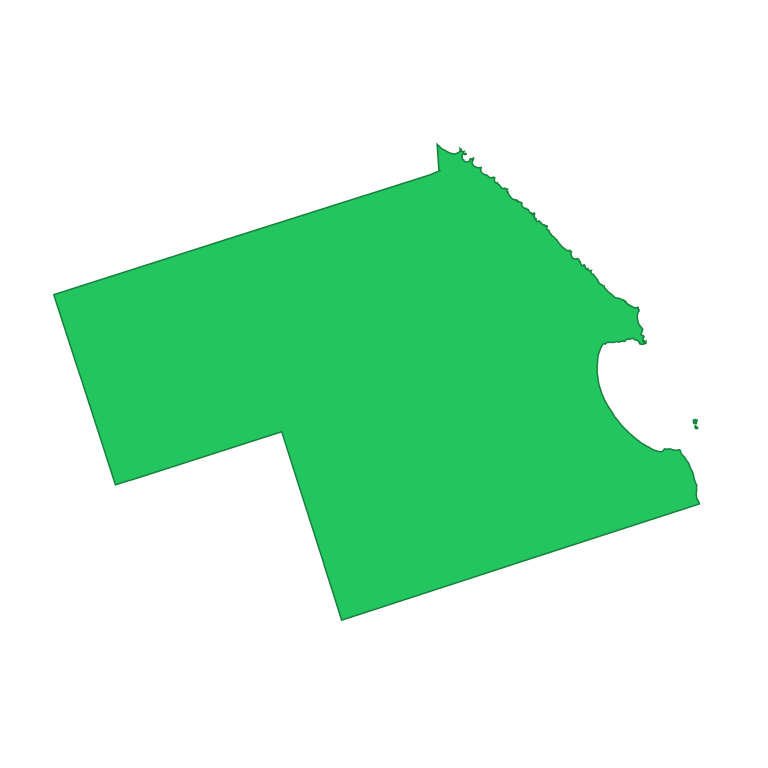 outline of Robe, South Australia, Australia, rotated 162°
{"feature_id": "25037944B13028513234480", "entity_name": "Robe", "entity_type": "district", "adm_level": 2, "iso_a3": "AUS", "parent_name": "Australia", "parent_adm1": "South Australia", "projection": "orthographic", "projection_center": [139.804, -37.186], "detail": "fine", "context": "isolated", "style": "filled", "palette": "green", "viewbox_px": 768, "rotation_deg": 162, "n_neighbors": 0, "source": "geoboundaries", "source_scale": "gbopen_adm2", "svg_char_len": 6111}
<svg xmlns="http://www.w3.org/2000/svg" viewBox="0 0 768 768"><g transform="rotate(162 384 384)"><path d="M121.1,172.5L121.0,173.4L121.1,175.1L121.4,176.5L121.8,177.5L121.9,178.8L121.2,182.5L120.2,185.1L119.3,186.4L119.2,187.8L118.5,189.9L117.7,191.0L118.2,193.3L118.3,197.4L117.7,203.1L117.8,205.6L118.4,208.3L118.7,214.1L119.1,216.0L120.0,217.9L120.9,222.1L122.4,224.7L122.9,226.2L122.9,227.7L122.6,228.9L122.8,229.5L123.4,230.2L126.8,230.7L129.6,232.1L131.5,233.6L133.1,234.2L135.3,234.6L136.7,235.5L137.6,235.5L138.3,235.1L138.5,234.4L138.8,234.2L140.4,233.9L141.8,234.1L144.0,235.1L147.4,237.5L149.7,239.7L151.3,241.8L153.7,244.0L155.5,246.3L157.6,248.4L159.0,250.8L159.9,251.8L161.2,253.9L162.0,255.0L166.3,262.1L167.2,264.2L167.9,265.3L170.9,271.3L173.6,279.0L174.6,281.0L175.4,285.0L176.2,287.7L176.3,288.6L177.6,292.9L179.1,300.2L179.8,307.9L179.8,316.7L179.2,321.2L178.3,325.5L177.8,328.9L175.9,334.7L171.7,344.7L169.4,347.9L166.2,351.8L164.4,353.5L162.7,354.5L161.3,353.6L159.7,354.1L158.6,354.9L158.1,354.8L157.1,353.8L155.3,353.6L153.2,352.6L149.7,352.5L147.4,351.0L145.4,351.6L144.2,350.8L143.2,351.0L141.9,350.1L141.1,350.4L140.1,351.2L139.0,351.6L137.4,351.1L136.6,350.5L135.6,350.9L133.3,350.5L132.8,350.2L132.3,348.9L130.8,347.8L130.4,347.8L129.0,346.6L128.8,346.1L128.8,345.0L128.5,344.5L128.3,343.0L128.0,342.7L127.1,342.5L125.4,341.6L124.9,341.7L124.2,342.2L124.0,342.3L123.4,341.6L121.9,342.0L121.9,342.3L122.5,342.8L122.0,343.5L123.1,343.1L124.2,343.2L124.2,343.5L123.2,344.2L123.0,344.7L123.2,344.9L123.7,344.6L124.3,344.7L124.6,345.2L124.2,345.7L124.0,346.4L123.6,346.7L123.8,347.1L123.7,347.9L122.2,348.3L122.1,348.8L122.7,350.2L123.1,350.5L123.8,350.4L124.1,350.7L124.3,351.3L124.2,352.3L122.8,353.4L122.5,354.2L121.3,355.5L121.0,356.1L121.1,356.5L121.8,358.1L121.9,359.0L122.4,359.7L123.2,362.8L123.2,364.0L122.6,368.7L121.9,370.9L120.2,373.7L119.4,374.4L118.7,374.7L118.7,376.1L119.2,376.7L119.2,377.1L119.1,377.4L118.7,377.8L118.6,378.2L119.2,378.7L120.1,378.4L121.2,378.5L123.6,380.3L127.7,384.9L128.2,385.7L128.3,386.9L129.3,387.6L129.0,388.4L130.0,389.1L130.1,389.9L131.4,390.2L132.5,391.7L133.2,392.4L136.6,394.1L137.8,395.1L140.1,399.4L140.7,399.9L141.4,401.3L142.3,402.4L144.2,406.6L144.6,408.4L144.4,409.3L144.8,409.3L145.5,409.9L146.4,411.3L147.5,412.4L148.6,414.9L148.7,415.4L148.6,417.2L149.3,418.5L149.8,420.4L150.5,421.6L150.9,423.6L152.0,424.3L152.6,425.2L152.9,426.6L152.0,427.4L151.7,427.9L152.3,427.8L153.3,428.0L153.9,429.1L155.1,429.6L155.1,430.0L154.5,430.6L154.4,430.9L154.7,431.0L154.9,430.6L155.5,430.4L156.2,430.9L156.5,431.4L156.5,432.3L156.1,433.4L156.4,434.0L156.5,435.2L156.9,435.5L157.3,435.6L158.2,435.0L158.5,435.0L159.2,435.6L159.5,436.3L159.8,438.7L159.5,439.8L160.3,440.2L160.4,440.7L160.1,441.7L160.2,442.2L160.9,443.3L161.5,443.6L163.5,443.6L165.8,445.5L166.3,449.7L166.0,450.4L164.8,451.7L164.9,452.0L165.9,452.7L165.8,453.5L166.0,453.8L167.3,453.9L168.7,454.4L169.6,455.5L170.4,456.9L172.1,459.1L174.2,464.3L174.9,466.6L175.1,467.7L176.2,469.4L177.2,471.6L178.5,473.4L179.0,475.2L179.6,476.6L179.6,478.8L181.0,480.5L181.2,481.9L180.8,482.9L180.1,483.3L180.0,484.0L180.4,484.3L181.4,484.2L182.0,484.8L182.0,485.5L182.6,485.7L182.7,486.0L183.2,486.0L183.5,486.2L184.4,487.5L184.7,488.5L185.2,488.9L185.2,489.5L185.8,490.4L185.9,491.1L186.4,491.4L187.1,491.0L187.6,491.0L188.2,491.1L188.7,491.6L188.9,493.1L188.7,493.7L188.1,493.8L188.1,494.0L188.3,494.2L188.7,494.0L189.1,494.3L189.5,494.4L189.5,494.8L189.3,495.3L189.5,495.8L189.3,496.0L189.4,496.6L189.1,497.0L189.3,497.4L189.8,497.6L190.1,498.6L190.0,498.8L188.4,498.7L188.4,499.1L188.2,499.2L188.4,499.6L188.3,500.2L188.7,500.4L189.1,500.1L189.0,499.3L189.2,499.1L189.5,499.1L190.2,500.0L190.7,499.7L191.0,499.7L191.1,500.1L190.7,500.4L190.9,501.1L191.8,501.4L192.1,502.2L192.5,502.3L192.8,505.2L193.8,505.5L194.2,506.5L194.1,506.8L194.2,507.1L195.0,507.0L196.3,508.0L197.4,509.8L197.7,510.7L197.7,512.3L196.9,513.0L197.0,513.6L197.3,514.2L198.2,514.7L199.4,515.9L200.6,516.2L200.3,517.1L201.0,517.2L201.1,518.2L201.8,518.5L202.7,518.3L203.6,519.6L204.4,520.0L205.0,520.9L205.6,522.0L206.0,523.5L207.2,526.8L206.6,528.2L207.4,528.4L207.8,529.3L207.6,529.9L207.1,530.2L206.2,531.1L207.1,531.5L208.2,532.8L209.7,532.7L211.5,534.1L212.6,536.8L212.9,538.1L214.2,539.5L214.2,539.9L214.0,540.4L215.0,540.3L215.9,541.3L216.1,542.3L216.0,544.1L215.6,544.9L214.9,545.7L215.0,546.2L215.5,546.7L218.8,547.2L220.1,548.2L221.5,550.8L223.5,551.9L224.4,552.7L225.7,554.9L225.9,556.5L225.9,558.0L225.5,558.7L224.7,559.6L224.7,560.0L225.4,559.7L228.6,561.1L231.3,563.6L231.6,565.3L232.0,565.9L232.0,567.0L231.1,568.6L230.3,569.5L229.8,569.5L229.8,569.8L229.5,570.0L229.3,570.9L229.1,571.2L229.8,571.1L230.2,570.4L230.5,570.3L230.6,570.7L232.2,571.6L232.9,571.1L233.1,570.4L233.8,570.0L233.8,569.5L235.2,569.3L237.2,569.7L238.1,570.4L238.8,571.2L239.1,571.9L238.9,572.3L239.3,572.6L239.8,573.8L239.6,575.3L239.2,576.6L238.4,578.2L237.8,578.5L237.2,578.5L236.5,577.9L236.3,577.2L234.8,577.1L234.7,577.3L234.8,577.6L235.5,577.7L235.1,577.9L235.2,578.1L235.7,578.1L236.1,578.5L236.4,578.4L237.1,578.9L237.1,580.1L236.4,580.4L237.2,580.5L237.6,581.1L238.3,581.4L238.5,582.5L238.4,582.8L238.0,583.0L238.2,583.5L238.7,583.4L239.0,584.1L239.1,583.2L239.5,582.9L239.5,582.1L239.9,581.7L241.6,581.1L243.4,580.9L244.9,580.9L246.1,581.1L248.9,582.6L250.6,583.9L253.2,586.6L253.5,587.2L254.8,588.2L256.2,589.7L259.4,595.5L265.7,570.5L265.0,569.6L275.9,568.7L475.0,570.1L670.4,571.0L670.5,568.9L670.5,495.2L670.4,481.4L670.6,371.1L656.4,371.0L654.2,370.8L496.0,370.2L496.3,326.7L496.7,233.8L496.9,230.5L497.0,203.1L497.3,172.5L297.8,172.6L121.1,172.5ZM97.4,253.1L98.5,253.4L99.1,254.1L100.7,254.1L101.1,253.7L101.3,252.9L100.8,252.2L101.1,251.8L101.5,251.7L101.4,250.8L100.6,250.0L100.0,250.2L99.3,249.9L98.8,250.7L99.1,250.7L99.1,251.0L98.1,251.9L98.6,252.4L97.6,252.6L97.4,253.1ZM100.2,247.1L100.3,247.4L100.9,248.0L101.3,247.7L101.2,247.3L101.5,247.0L101.0,246.4L100.9,246.0L101.4,245.4L100.0,244.7L99.2,245.3L99.3,245.7L100.0,245.9L99.9,246.8L100.2,247.1Z" fill="#22c55e" stroke="#15803d" stroke-width="1.5"/></g></svg>